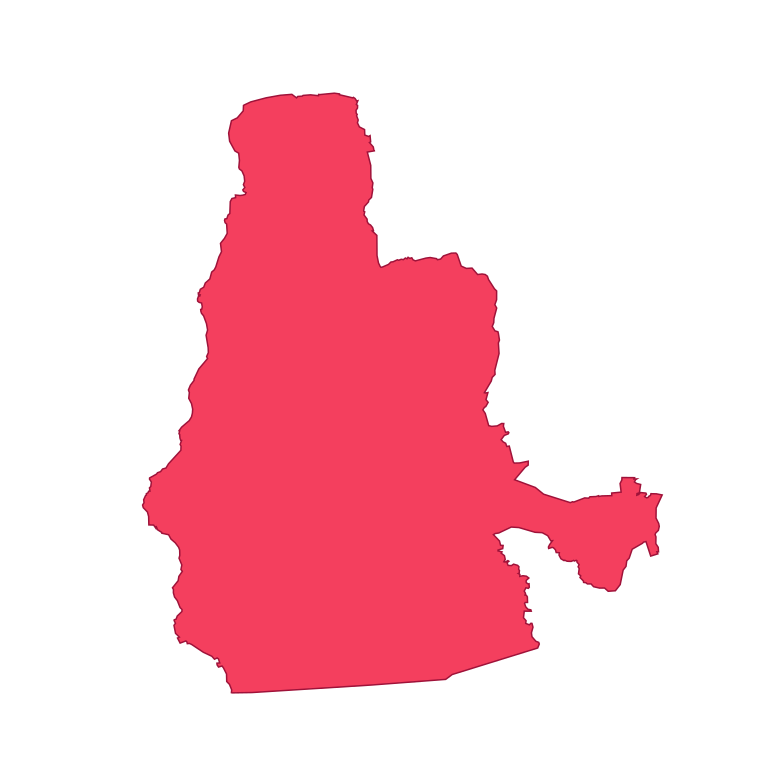 Chapala, Jalisco, Mexico, rotated 81°
{"feature_id": "50627088B97222259694583", "entity_name": "Chapala", "entity_type": "district", "adm_level": 2, "iso_a3": "MEX", "parent_name": "Mexico", "parent_adm1": "Jalisco", "projection": "equal_earth", "projection_center": [-103.201, 20.28], "detail": "fine", "context": "isolated", "style": "filled", "palette": "rose", "viewbox_px": 768, "rotation_deg": 81, "n_neighbors": 0, "source": "geoboundaries", "source_scale": "gbopen_adm2", "svg_char_len": 6135}
<svg xmlns="http://www.w3.org/2000/svg" viewBox="0 0 768 768"><g transform="rotate(81 384 384)"><path d="M592.7,139.1L588.2,138.7L584.2,140.5L577.5,139.3L575.1,139.8L573.7,139.0L571.5,135.9L567.7,134.4L564.8,134.5L559.0,136.3L549.0,134.6L537.1,126.6L535.1,132.1L534.1,137.5L535.8,138.3L536.3,140.0L537.4,141.0L537.5,142.4L536.0,144.2L534.0,142.0L532.7,142.4L531.3,147.7L533.0,149.7L533.4,151.7L531.8,151.3L531.4,148.8L523.4,146.2L521.7,150.1L519.9,152.0L517.8,150.4L517.3,149.2L516.9,152.0L515.7,151.2L513.6,163.6L516.0,164.1L519.2,166.4L527.9,166.7L527.3,176.2L529.9,176.5L528.6,186.5L528.7,189.4L527.9,189.5L528.3,192.2L527.6,198.3L528.8,199.7L527.9,203.6L530.3,215.0L529.8,216.1L530.3,218.6L517.8,243.6L509.9,250.7L499.0,270.0L488.3,257.6L486.7,254.3L482.8,253.6L483.2,262.4L482.5,267.7L481.2,268.5L464.9,270.0L464.9,272.5L461.6,273.1L459.8,275.4L457.3,277.0L453.6,273.2L452.7,269.1L451.6,268.3L450.7,268.8L450.7,271.5L444.4,272.7L441.8,271.9L441.4,274.0L443.1,278.7L442.7,284.3L441.5,287.1L428.9,288.6L425.0,290.4L422.8,288.5L422.2,287.0L418.4,284.0L415.4,285.7L408.7,282.7L408.8,285.0L408.3,286.2L397.9,277.6L394.4,276.1L391.9,272.8L387.8,272.4L371.9,265.6L361.3,264.6L358.7,263.1L351.9,263.1L350.2,263.3L348.9,266.1L344.1,268.1L340.6,266.0L336.3,265.1L326.6,260.8L323.0,262.1L318.4,259.6L309.7,258.2L307.3,260.0L297.2,264.4L293.7,265.0L291.7,266.9L290.7,269.9L290.5,274.4L283.3,278.9L282.7,284.6L279.6,289.3L267.5,291.4L265.9,292.5L265.3,297.0L266.8,305.3L269.5,308.6L269.6,311.8L268.4,312.5L266.3,318.6L266.2,322.9L267.3,333.8L265.9,335.9L263.7,336.8L263.9,339.0L262.6,340.4L263.9,341.7L262.9,343.2L264.2,345.4L263.5,347.5L264.1,350.1L263.4,351.3L264.7,356.0L264.6,358.1L266.6,360.9L268.2,367.2L268.3,368.8L267.3,369.4L263.6,370.5L256.0,370.8L236.1,367.8L231.0,371.7L230.9,370.4L227.7,370.8L224.9,372.4L223.3,374.3L220.9,375.2L218.5,374.9L213.9,377.3L210.9,376.1L210.4,376.9L209.4,376.9L205.6,375.6L201.7,370.8L200.0,370.3L197.8,367.2L190.0,364.6L188.2,364.9L183.7,363.5L178.9,364.8L166.0,362.9L152.3,364.2L152.2,356.3L152.2,357.4L148.2,357.5L143.2,360.6L142.8,359.3L136.5,358.9L137.1,360.5L135.1,364.0L129.7,363.4L126.2,368.1L121.9,369.4L119.2,368.2L114.8,369.1L113.5,368.3L112.2,369.1L109.3,368.8L107.3,367.0L104.7,366.5L103.6,367.6L100.1,365.5L100.2,366.7L97.5,367.9L96.1,369.4L96.5,370.1L91.3,382.8L90.5,382.6L89.0,387.5L88.1,402.2L87.8,403.2L87.1,403.1L89.0,403.6L86.9,411.3L86.3,418.8L86.9,419.8L86.5,424.2L87.7,425.6L83.5,429.7L82.6,441.2L82.9,455.6L84.5,471.4L86.6,478.6L86.9,479.2L92.2,480.3L98.2,487.3L100.1,493.5L111.9,498.2L120.1,498.5L130.5,494.8L133.3,491.4L140.6,491.8L147.3,493.5L149.0,493.2L151.3,491.0L156.6,489.6L162.0,489.9L165.2,491.7L168.1,490.7L170.2,493.1L171.8,492.6L173.4,490.3L175.1,491.4L175.4,494.2L175.3,496.7L174.1,501.2L176.7,501.4L177.0,505.2L179.8,507.3L191.5,509.6L192.7,511.6L196.1,513.4L196.1,515.3L197.4,515.9L199.8,515.7L201.4,514.4L210.7,515.3L215.2,518.8L219.5,523.5L227.9,523.8L232.7,527.2L242.0,531.8L244.7,533.8L246.5,536.7L253.0,539.6L256.3,544.7L260.2,546.9L261.7,550.6L265.0,552.2L265.0,553.2L266.8,553.3L267.2,551.6L268.3,552.2L268.1,553.4L270.8,554.9L273.0,555.1L274.4,553.9L275.5,551.5L279.2,551.4L281.6,552.3L281.7,553.4L283.6,553.5L285.6,553.2L288.5,551.5L296.6,549.9L303.1,549.8L308.0,552.1L320.6,552.0L325.6,552.6L329.1,554.9L331.3,554.3L340.1,564.5L349.5,570.9L350.7,571.0L354.9,575.4L359.3,578.1L362.0,577.6L367.6,579.1L373.2,577.2L378.9,576.9L382.8,577.8L386.4,579.3L389.7,582.1L395.0,590.7L398.0,593.7L398.2,593.1L401.1,594.3L401.8,593.7L405.4,594.0L407.9,593.6L408.1,592.8L411.8,594.8L413.6,594.2L417.7,595.0L429.1,609.3L432.9,612.5L433.3,616.0L435.6,618.4L436.2,621.6L437.4,622.8L440.1,630.2L441.3,630.5L444.4,629.1L448.8,630.4L449.9,631.9L453.2,631.9L453.1,633.3L454.5,634.1L455.2,635.9L456.5,636.0L456.8,636.9L460.7,639.5L463.7,639.6L465.8,641.4L468.5,641.1L473.4,637.7L478.0,637.2L486.4,638.3L487.3,633.6L490.4,632.1L489.2,631.9L489.2,631.2L492.5,630.5L495.7,626.9L496.6,626.8L499.2,620.3L503.8,618.7L508.2,615.0L513.1,612.4L516.0,611.8L521.3,612.5L524.0,613.7L531.1,612.0L535.5,613.6L537.5,612.5L541.9,616.7L546.1,618.1L552.2,624.8L554.0,624.1L557.3,624.7L561.6,624.2L565.7,622.0L572.9,620.4L575.1,618.8L577.1,619.2L580.8,624.5L583.7,626.1L584.1,628.1L584.8,628.3L587.7,627.4L589.5,629.2L597.7,628.9L602.0,625.7L602.6,627.7L608.0,625.9L606.8,619.9L607.9,619.0L609.7,618.9L609.8,616.8L611.1,614.8L620.7,604.4L626.0,596.6L629.3,594.5L628.5,591.7L629.6,590.5L633.8,589.9L633.6,592.7L635.3,592.8L637.7,591.7L637.2,588.1L639.2,587.0L645.8,584.9L653.3,585.9L656.5,583.6L662.3,582.3L665.0,583.0L665.3,582.3L668.1,562.6L679.4,442.9L685.4,369.3L681.6,362.1L668.8,273.5L665.1,271.3L663.4,271.6L661.8,274.3L656.7,277.4L652.8,277.3L647.5,274.9L643.6,275.3L643.3,276.3L644.6,278.1L642.6,281.5L640.0,280.7L636.7,282.8L630.3,281.0L631.4,274.1L630.0,274.3L629.0,277.1L626.2,278.9L622.7,279.5L621.9,278.7L622.2,276.4L616.7,275.7L614.8,276.5L614.6,277.7L612.9,277.0L610.5,277.9L607.5,275.7L608.4,273.4L607.5,272.3L604.0,272.0L604.1,272.7L602.6,274.5L601.7,274.6L600.2,274.2L598.3,271.3L596.1,273.4L595.1,276.8L595.3,280.0L593.3,279.6L592.2,280.9L592.1,280.1L589.3,279.4L588.1,280.0L585.6,279.3L584.0,280.4L582.2,284.2L583.3,286.5L582.6,289.8L579.8,290.4L578.6,288.4L577.8,289.3L578.8,292.1L578.3,293.4L576.2,291.7L572.4,291.9L569.4,294.7L568.3,293.7L566.7,297.5L565.8,297.3L565.2,292.5L562.1,291.6L561.5,294.1L557.1,294.5L549.9,299.5L549.1,297.6L549.1,293.9L545.2,280.7L546.9,273.2L554.1,258.0L555.6,251.0L559.4,246.0L565.0,243.8L565.1,242.1L568.6,245.6L570.7,247.1L572.2,247.1L571.7,243.5L572.2,242.3L574.6,240.6L577.4,240.3L578.1,237.2L580.4,237.9L584.3,236.6L586.6,233.8L586.3,233.1L587.7,230.9L588.5,227.0L587.9,224.3L588.6,223.7L588.2,221.7L588.6,221.1L589.9,221.3L592.9,219.6L594.9,220.9L596.8,220.1L601.9,221.6L604.3,219.7L605.8,220.7L609.7,217.9L611.2,217.9L611.9,215.6L613.3,214.4L613.8,210.8L617.0,208.7L619.3,203.0L620.0,198.1L623.8,195.0L624.4,187.8L619.1,182.1L605.2,176.9L602.0,173.5L596.6,171.9L594.4,169.1L586.0,164.7L581.7,153.5L580.8,152.5L580.6,149.9L595.7,147.5L594.6,140.1L592.4,140.7L592.7,139.1Z" fill="#f43f5e" stroke="#9f1239" stroke-width="1.5"/></g></svg>